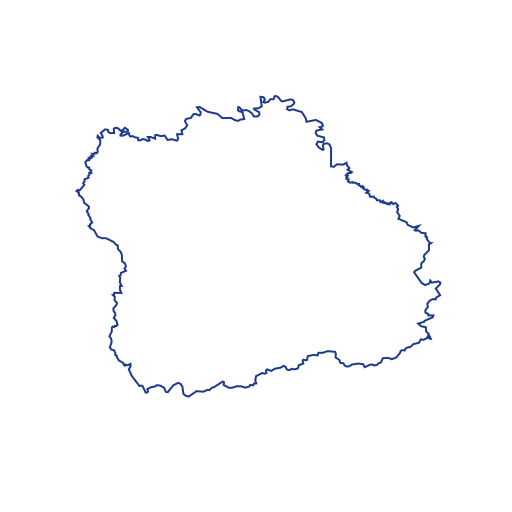 the district of Mae Sot, Tak, Thailand, rotated 105°
{"feature_id": "78962969B92609473950758", "entity_name": "Mae Sot", "entity_type": "district", "adm_level": 2, "iso_a3": "THA", "parent_name": "Thailand", "parent_adm1": "Tak", "projection": "equal_earth", "projection_center": [98.694, 16.756], "detail": "fine", "context": "isolated", "style": "outline", "palette": "blue", "viewbox_px": 512, "rotation_deg": 105, "n_neighbors": 0, "source": "geoboundaries", "source_scale": "gbopen_adm2", "svg_char_len": 6093}
<svg xmlns="http://www.w3.org/2000/svg" viewBox="0 0 512 512"><g transform="rotate(105 256 256)"><path d="M142.5,192.6L145.2,195.5L146.5,201.5L149.8,204.0L149.9,206.8L132.6,211.3L129.3,213.8L128.7,216.3L130.0,219.5L132.0,220.0L135.5,218.3L136.3,219.1L135.0,223.2L132.4,226.6L129.4,225.7L129.0,221.4L126.4,219.9L123.9,221.1L123.9,228.0L121.6,230.3L119.3,230.2L116.6,224.8L115.1,227.9L113.6,225.2L112.5,225.2L110.4,227.0L109.1,233.4L113.3,242.0L110.2,243.5L105.1,249.0L104.8,258.4L106.7,261.5L106.0,264.1L103.6,264.1L102.4,261.0L99.0,258.7L97.8,258.7L95.6,260.9L95.9,263.4L99.9,270.5L99.6,272.0L96.7,275.9L96.3,278.6L97.1,279.5L100.0,279.5L100.8,282.7L104.2,284.3L105.7,287.5L105.3,288.7L102.7,287.9L101.5,288.8L100.7,289.9L101.1,292.9L109.9,289.2L112.6,291.8L114.1,296.1L115.0,295.5L116.3,290.2L118.6,289.3L120.8,290.6L121.7,294.2L119.2,296.9L117.8,300.5L117.5,302.8L119.0,307.2L116.7,310.4L116.7,311.6L119.8,311.2L120.5,309.8L120.7,306.2L126.8,302.8L128.4,306.6L130.1,308.2L130.2,311.6L129.1,315.9L131.5,324.1L128.7,330.1L129.2,340.1L126.7,348.8L127.6,351.5L131.4,346.7L133.7,346.3L134.9,346.9L134.4,351.2L135.3,353.2L139.6,354.7L141.7,359.0L144.0,359.6L147.8,356.2L151.4,357.8L153.8,360.5L157.4,358.7L158.8,363.7L163.2,361.5L165.1,362.3L165.0,367.4L166.8,371.5L163.3,375.4L164.9,379.0L164.7,383.4L165.5,384.7L168.8,383.8L168.3,388.9L169.0,391.2L171.3,388.8L172.3,388.9L172.9,390.8L172.2,392.2L172.4,395.7L174.3,397.9L174.7,399.7L172.4,400.5L172.7,403.6L172.1,406.1L173.1,408.1L172.3,409.5L170.2,410.5L174.3,415.9L174.8,418.0L173.8,418.4L171.3,416.8L170.6,417.9L169.6,413.2L168.3,412.0L167.2,412.5L166.1,416.0L168.5,417.0L170.1,419.1L168.3,422.3L168.6,425.3L170.1,426.3L174.0,424.9L175.1,429.1L174.0,431.1L172.5,431.6L172.7,434.5L177.3,437.8L180.0,435.0L181.4,434.8L182.3,437.7L180.8,440.0L182.4,439.9L184.5,436.3L188.7,435.5L193.4,437.0L196.4,435.8L197.6,436.2L197.7,437.3L198.4,437.4L198.1,438.4L199.4,439.0L199.6,440.3L200.6,438.9L200.3,440.6L201.3,439.2L201.7,441.4L202.8,441.5L203.4,440.0L204.5,441.1L204.0,441.7L204.3,442.8L205.4,441.9L206.2,443.2L206.7,442.4L207.4,444.0L209.4,445.2L213.2,442.9L214.0,441.8L213.7,440.1L215.3,439.5L215.9,437.3L216.8,437.7L218.3,436.5L218.8,438.6L220.5,437.9L222.2,438.8L223.8,438.0L226.4,441.5L228.4,440.9L230.3,441.8L231.8,440.2L238.5,443.5L238.2,445.2L239.7,446.2L241.1,443.2L243.3,442.6L243.5,441.1L245.7,437.6L249.1,435.7L251.4,430.3L252.9,429.7L256.5,431.1L258.8,428.5L259.7,428.6L262.3,425.6L263.2,425.7L266.2,422.9L268.5,424.6L269.8,424.1L270.4,425.2L272.2,422.6L272.9,419.2L278.2,414.1L278.7,409.1L277.8,406.7L277.8,404.4L279.4,396.9L281.2,394.3L281.6,392.3L285.0,391.2L287.0,387.9L289.5,385.9L295.7,384.0L297.2,380.6L299.6,379.0L302.2,379.7L303.9,377.7L307.3,382.1L309.5,381.9L310.7,383.0L311.9,381.6L316.7,380.7L319.7,378.0L320.1,379.5L321.1,379.5L323.8,378.7L326.5,376.5L328.3,383.4L330.2,383.1L330.7,384.1L331.9,381.9L335.3,381.2L337.3,378.1L339.2,378.1L343.6,380.2L346.1,379.3L347.4,377.4L349.5,376.5L352.6,377.4L354.8,374.0L358.4,371.9L359.9,372.9L360.0,374.3L361.3,374.5L361.2,376.0L362.3,376.7L366.3,375.8L371.4,376.8L373.5,374.4L376.5,373.2L382.2,373.5L383.7,371.6L383.9,368.6L386.3,366.7L387.8,366.5L388.5,364.5L389.5,364.4L392.4,361.4L393.6,356.6L395.2,355.8L395.0,355.1L395.8,354.2L394.6,353.7L394.8,351.6L392.7,349.4L395.0,348.6L398.5,349.5L404.3,344.6L411.8,334.8L410.8,333.2L411.0,331.9L416.4,327.3L416.2,326.0L414.9,325.2L412.5,326.5L409.7,323.1L408.2,319.8L406.4,318.2L406.0,315.2L407.0,310.7L410.6,307.8L410.4,306.0L402.4,302.5L398.8,298.5L399.0,295.9L401.2,293.3L408.0,290.4L409.1,288.0L409.2,284.6L402.0,278.5L400.6,271.5L398.1,268.6L397.4,266.1L394.8,264.7L393.6,262.6L385.9,255.7L386.2,254.2L389.0,253.9L390.3,248.2L389.6,245.2L386.6,240.5L385.7,236.3L385.9,232.2L383.8,228.7L382.0,228.3L381.6,225.1L379.9,225.1L379.0,222.8L376.6,224.4L372.1,224.9L367.4,219.6L367.5,217.4L366.3,215.6L364.0,216.7L362.6,215.9L363.1,211.6L360.1,208.8L357.4,203.2L355.0,201.0L355.5,198.6L357.3,197.2L357.8,195.7L357.5,194.0L355.7,192.4L355.7,190.1L354.5,187.4L353.2,186.3L350.5,186.5L347.6,182.5L345.2,183.8L343.9,183.4L343.7,180.3L343.1,179.8L339.3,180.1L336.5,174.6L336.1,170.8L333.3,170.6L332.2,166.4L329.4,162.3L328.1,154.9L329.7,153.6L333.4,152.9L334.8,148.6L337.4,146.9L337.0,143.8L338.9,142.0L339.3,139.8L338.5,137.6L335.9,135.1L333.4,129.2L332.8,124.5L335.2,122.2L331.5,117.7L330.6,115.2L331.2,113.7L329.8,110.9L327.8,109.9L326.7,107.9L322.0,107.0L320.7,103.9L320.2,100.2L320.6,98.1L317.6,94.2L312.4,91.8L310.2,91.7L309.2,90.5L308.7,87.8L306.5,87.5L304.5,85.1L304.4,83.7L300.4,81.2L297.6,76.1L293.8,75.2L293.6,72.4L290.7,69.5L290.8,65.8L288.7,67.2L288.7,69.2L286.9,68.7L284.6,72.3L280.8,73.6L281.1,78.3L279.3,81.9L276.1,76.6L274.9,76.3L269.5,69.5L267.5,69.3L268.8,74.2L267.4,74.6L266.9,77.6L264.7,78.4L260.7,76.8L257.9,78.2L254.3,76.7L251.7,73.9L251.6,71.4L249.4,71.1L246.2,68.0L240.9,73.9L235.8,70.9L234.0,71.0L233.3,73.2L236.2,79.2L234.6,81.3L237.7,81.4L240.3,85.1L239.2,89.1L230.8,99.0L229.3,98.6L224.5,93.4L220.3,94.4L217.6,92.6L215.1,92.1L213.6,93.7L211.4,93.7L205.5,90.4L200.2,92.0L198.2,90.3L198.4,91.4L195.5,95.4L193.9,95.6L193.6,96.9L193.0,96.6L192.5,97.7L190.2,98.0L190.8,102.3L189.2,105.9L190.2,108.1L190.0,109.4L184.8,106.6L187.7,111.3L186.7,117.5L184.4,119.3L183.2,128.1L180.1,127.6L177.1,131.0L173.9,130.8L172.0,132.7L170.7,131.8L168.7,134.8L170.3,136.9L169.2,138.5L170.0,139.1L169.4,139.6L170.6,140.1L170.5,140.8L171.7,140.6L171.9,142.9L171.1,143.1L171.0,144.5L171.9,145.8L171.5,147.2L170.6,146.8L170.7,147.8L170.1,147.9L171.7,149.6L170.1,150.8L170.9,153.7L169.6,154.6L169.1,156.9L168.1,157.5L169.3,161.1L166.4,162.9L166.3,165.8L164.7,164.6L164.3,165.3L163.8,164.4L163.4,165.9L162.9,165.4L163.7,167.8L163.0,170.2L163.5,170.6L161.8,169.7L160.8,171.1L162.2,172.2L161.0,173.9L161.1,175.1L159.7,175.2L160.2,177.2L159.4,179.0L160.2,181.3L159.6,182.1L160.7,183.4L160.7,184.9L159.8,185.9L161.0,186.6L158.1,186.3L158.2,188.7L156.0,189.3L155.8,188.4L154.8,190.0L154.0,188.4L153.2,189.3L151.9,188.2L151.3,186.0L150.2,185.1L148.9,189.9L146.9,188.6L144.8,191.7L142.5,192.6Z" fill="none" stroke="#1e3a8a" stroke-width="2"/></g></svg>